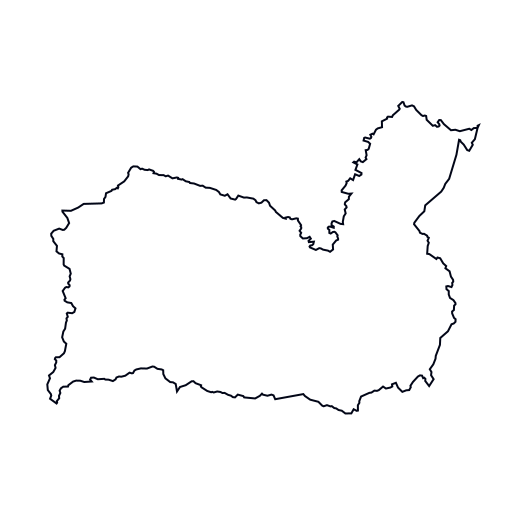 the district of Uiramutã, Roraima, Brazil, rotated 277°
{"feature_id": "56859067B11368359253245", "entity_name": "Uiramutã", "entity_type": "district", "adm_level": 2, "iso_a3": "BRA", "parent_name": "Brazil", "parent_adm1": "Roraima", "projection": "natural_earth1", "projection_center": [-60.205, 4.716], "detail": "fine", "context": "isolated", "style": "outline", "palette": "ink", "viewbox_px": 512, "rotation_deg": 277, "n_neighbors": 0, "source": "geoboundaries", "source_scale": "gbopen_adm2", "svg_char_len": 6062}
<svg xmlns="http://www.w3.org/2000/svg" viewBox="0 0 512 512"><g transform="rotate(277 256 256)"><path d="M410.1,460.3L409.5,456.6L407.3,454.4L408.3,452.2L404.7,443.1L405.6,438.5L404.6,434.2L409.8,426.4L413.4,422.9L413.3,421.3L410.9,420.0L409.1,421.9L407.8,422.3L406.8,421.5L406.3,419.9L407.7,417.9L406.8,415.6L412.0,408.8L415.7,407.8L416.0,406.4L415.3,404.7L415.9,403.1L420.5,397.2L423.8,394.6L424.5,392.5L422.5,387.9L422.6,386.6L423.4,385.2L426.6,383.6L426.7,382.4L422.3,378.9L419.6,380.7L418.7,380.3L412.4,374.7L410.6,374.1L410.4,370.0L409.5,369.2L408.3,369.4L405.0,364.5L399.2,365.4L397.5,361.3L396.0,359.7L391.1,357.9L391.6,356.7L390.3,354.7L388.3,356.0L387.1,355.7L386.3,354.7L386.9,349.9L386.4,349.0L383.7,348.7L382.9,353.4L381.3,355.6L376.1,354.8L374.9,353.8L374.4,352.0L369.5,353.5L367.1,352.8L365.6,353.8L362.2,350.6L362.7,348.4L364.7,346.7L361.2,344.3L361.6,341.9L360.8,341.2L359.2,345.5L353.6,344.2L351.2,350.6L349.7,350.7L348.0,348.7L349.2,344.4L343.2,343.1L344.6,340.0L341.8,338.3L340.9,336.6L339.5,337.1L336.8,336.3L331.6,333.0L330.0,333.3L329.0,340.1L329.6,343.1L326.2,341.0L323.7,341.2L320.2,338.0L319.1,337.8L318.0,337.9L316.5,339.6L315.2,340.0L313.0,338.4L309.2,339.8L306.1,338.3L300.4,338.0L298.2,338.6L298.2,336.0L300.3,329.4L299.6,327.6L297.5,327.0L295.8,327.3L294.7,329.6L293.5,329.7L294.2,326.0L293.9,324.5L292.9,323.8L291.9,324.0L290.9,325.6L287.8,326.0L287.4,327.4L289.2,329.4L289.6,330.8L289.2,331.9L286.5,334.5L285.4,334.3L283.2,335.4L282.2,335.5L281.2,333.7L276.7,330.8L271.9,331.7L269.2,329.0L270.1,326.8L270.5,321.7L271.4,319.5L271.5,317.8L269.3,314.7L271.1,308.5L271.9,308.0L273.0,308.6L273.5,310.3L274.7,311.4L277.3,311.7L276.2,306.8L277.4,306.3L279.9,308.3L281.6,306.9L279.9,304.5L279.1,300.4L281.1,297.6L282.5,297.3L284.5,298.0L286.3,296.2L288.8,297.5L290.1,297.4L290.8,296.6L292.1,297.0L296.3,293.3L298.2,293.0L298.3,291.4L296.8,287.3L297.1,285.6L298.4,284.8L298.6,283.1L297.7,280.6L296.7,280.9L297.1,278.0L302.2,270.3L303.5,269.5L307.6,263.8L310.5,262.4L312.7,259.6L312.3,257.1L309.6,254.9L308.6,252.4L309.5,249.9L311.3,248.7L312.6,246.4L313.0,239.8L312.5,236.9L313.8,231.1L310.1,229.2L309.4,228.4L309.6,227.0L310.0,223.8L313.8,220.2L312.0,217.7L312.8,213.1L315.0,211.4L316.7,208.5L318.0,201.9L317.7,197.7L319.3,194.5L318.8,192.0L320.4,185.7L320.4,181.6L321.3,180.8L321.6,177.2L323.3,173.8L322.8,172.9L323.1,169.2L324.1,169.2L324.3,167.9L322.9,163.6L325.1,158.9L324.1,156.7L325.0,154.4L324.5,149.9L325.6,147.2L325.7,144.2L327.1,144.5L328.0,143.5L328.9,139.3L328.1,138.1L328.0,134.9L328.8,132.3L328.1,130.8L330.3,127.4L330.0,123.3L328.4,121.3L322.9,118.9L321.7,119.6L319.5,119.4L314.0,116.1L309.1,110.4L307.5,111.0L306.3,110.6L306.7,109.5L305.2,108.1L304.2,105.1L303.0,104.6L300.0,99.5L296.3,99.4L294.1,98.2L290.5,98.5L289.4,96.4L286.7,78.6L282.4,73.6L278.3,66.8L277.5,58.3L276.4,58.5L270.8,64.1L265.9,66.5L260.8,64.2L258.7,62.5L258.3,61.1L259.2,57.3L256.4,52.1L253.2,50.0L251.0,50.4L248.3,52.7L246.0,53.0L241.8,57.2L236.3,57.4L234.5,60.2L234.1,63.6L231.9,63.8L230.5,65.4L224.2,66.1L223.1,66.8L220.5,72.5L215.9,74.3L213.1,73.5L210.4,74.6L209.0,74.4L206.8,72.8L205.7,73.0L204.3,74.6L203.1,74.6L202.0,73.6L202.1,71.6L201.3,70.4L197.7,68.4L190.9,72.2L189.3,71.2L188.3,71.5L187.0,74.3L186.8,78.4L183.9,80.5L182.0,83.2L178.3,82.5L176.8,80.5L176.8,76.0L175.9,75.2L172.7,76.6L171.0,75.5L168.9,76.1L166.8,75.5L160.6,75.4L157.6,74.0L151.7,73.5L147.7,75.7L145.8,78.4L138.2,77.9L136.0,77.2L131.6,73.3L131.1,69.7L130.3,69.1L129.1,68.9L127.9,70.5L126.0,70.7L123.2,69.7L120.5,70.7L116.1,68.9L112.2,65.1L109.5,66.4L103.1,64.5L97.6,65.7L94.0,69.2L92.5,69.8L89.2,69.0L85.3,76.0L86.2,76.5L87.7,76.0L90.8,78.0L93.2,77.5L96.2,78.5L98.4,77.5L100.9,78.5L102.8,80.6L103.5,85.3L104.9,85.5L109.1,89.8L110.4,92.7L110.8,96.8L110.0,100.9L111.4,108.2L113.1,106.4L115.1,107.1L115.6,109.9L114.4,114.0L115.6,120.4L115.0,121.5L115.3,124.8L114.4,129.2L116.4,131.6L118.4,132.3L119.7,134.7L119.8,137.1L121.3,140.9L124.8,144.7L124.4,147.1L124.8,148.2L127.5,149.3L128.8,151.0L130.4,155.4L131.0,161.5L133.7,166.7L133.7,168.4L132.0,171.9L131.9,176.2L131.3,177.8L127.5,178.4L123.5,181.0L120.4,186.2L120.5,189.0L119.2,191.9L111.9,194.1L116.7,196.5L119.2,202.0L123.8,207.4L124.1,209.2L122.4,211.5L121.0,217.3L119.7,217.2L119.0,218.0L116.1,224.0L115.3,228.1L115.8,229.1L115.4,230.7L116.8,234.0L116.7,237.3L115.9,239.4L116.3,241.5L114.8,245.2L114.3,248.2L113.1,250.2L113.1,252.4L116.2,254.8L115.4,260.5L114.2,261.5L114.5,272.5L117.7,276.9L120.1,278.7L119.2,279.8L118.7,284.4L120.3,288.2L119.8,290.4L116.2,292.5L124.7,319.8L123.0,321.6L120.0,327.3L118.9,335.7L115.5,340.0L115.1,341.5L116.6,344.6L115.8,348.3L116.2,349.5L114.6,352.2L114.5,354.2L113.2,356.7L112.9,360.0L110.6,363.9L111.4,369.8L115.8,371.6L114.6,374.8L115.0,376.0L120.3,375.3L122.9,376.5L124.5,376.2L129.3,377.4L134.0,385.2L134.5,387.2L136.8,389.9L136.9,392.5L137.8,394.2L141.9,398.0L140.3,401.1L141.8,405.4L143.1,407.2L145.2,406.6L147.2,410.3L142.7,413.0L139.0,417.8L141.0,421.5L141.6,424.4L144.6,425.6L146.0,425.1L150.1,427.1L156.1,431.4L157.5,433.3L157.5,435.4L155.1,436.8L155.7,437.8L154.7,439.1L152.6,439.2L148.0,443.7L155.4,447.3L159.0,444.3L162.2,444.3L164.8,442.3L170.1,445.2L175.9,446.7L178.8,446.6L190.2,449.4L197.1,448.9L204.7,455.7L212.1,458.4L213.1,460.5L215.0,462.0L217.6,461.8L218.7,460.1L222.9,457.7L224.8,457.4L226.5,459.0L230.9,458.7L232.4,459.9L233.6,459.7L236.3,457.3L238.0,453.7L241.3,452.0L244.7,451.6L246.3,449.1L249.0,448.6L249.6,450.2L249.0,453.8L251.1,454.5L253.2,454.0L254.6,454.9L256.4,454.5L259.3,452.0L264.4,450.0L266.9,445.5L269.2,446.0L271.5,442.7L276.2,439.1L276.6,436.3L275.0,435.4L279.0,427.9L279.1,425.6L286.9,425.2L290.2,425.9L292.1,424.4L295.1,425.3L295.9,423.8L297.0,423.4L298.5,420.1L298.2,418.6L299.1,415.9L300.7,415.2L306.8,409.0L308.3,409.1L315.7,413.3L320.9,417.6L326.9,417.8L342.5,432.0L346.5,434.0L350.7,435.1L356.1,438.3L380.9,442.6L396.1,443.4L395.8,444.6L394.4,445.3L391.9,448.6L386.9,452.7L386.4,454.8L392.8,457.6L394.7,456.4L398.6,459.0L410.1,460.3ZM413.0,461.2L412.3,460.1L410.1,460.3L413.0,461.2Z" fill="none" stroke="#020617" stroke-width="2"/></g></svg>